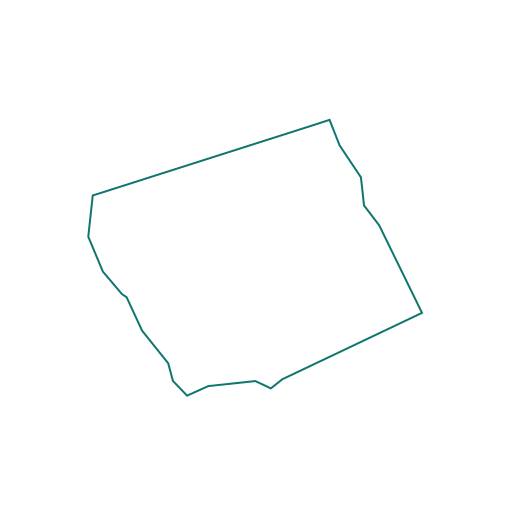 outline of Fluvanna, Virginia, United States of America, rotated 37°
{"feature_id": "52423323B11233597395772", "entity_name": "Fluvanna", "entity_type": "district", "adm_level": 2, "iso_a3": "USA", "parent_name": "United States of America", "parent_adm1": "Virginia", "projection": "natural_earth1", "projection_center": [-78.273, 37.848], "detail": "fine", "context": "isolated", "style": "outline", "palette": "teal", "viewbox_px": 512, "rotation_deg": 37, "n_neighbors": 0, "source": "geoboundaries", "source_scale": "gbopen_adm2", "svg_char_len": 428}
<svg xmlns="http://www.w3.org/2000/svg" viewBox="0 0 512 512"><g transform="rotate(37 256 256)"><path d="M285.0,409.0L296.2,388.6L330.7,356.3L347.5,352.8L351.3,338.4L422.8,201.5L336.0,157.4L311.8,150.6L300.2,138.2L292.4,130.0L256.3,117.4L232.8,103.0L225.9,112.9L89.2,305.9L110.4,341.5L143.1,360.6L171.9,367.1L177.5,366.8L210.0,384.2L250.4,394.5L264.9,405.8L285.0,409.0Z" fill="none" stroke="#0f766e" stroke-width="2"/></g></svg>